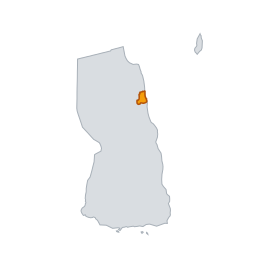 Ar Raydah wa Qussay'ar, Hadramawt, Yemen (highlighted), rotated 279°
{"feature_id": "15242507B55233567675049", "entity_name": "Ar Raydah wa Qussay'ar", "entity_type": "district", "adm_level": 2, "iso_a3": "YEM", "parent_name": "Yemen", "parent_adm1": "Hadramawt", "projection": "mercator", "projection_center": [50.363, 15.159], "detail": "fine", "context": "in_parent", "style": "filled", "palette": "amber", "viewbox_px": 256, "rotation_deg": 279, "n_neighbors": 0, "source": "geoboundaries", "source_scale": "gbopen_adm2", "svg_char_len": 4833}
<svg xmlns="http://www.w3.org/2000/svg" viewBox="0 0 256 256"><g transform="rotate(279 128 128)"><path d="M207.6,110.5L198.7,113.7L196.4,115.2L194.3,116.9L192.7,119.2L191.6,123.1L192.5,126.6L192.4,128.5L190.1,129.8L188.0,130.7L185.6,132.1L184.2,132.4L183.0,133.5L181.7,134.3L176.8,136.3L171.4,137.9L162.9,139.7L159.6,141.7L156.6,143.1L152.0,143.5L145.8,145.4L142.3,146.9L138.0,149.4L137.0,150.2L136.3,152.0L135.0,153.6L132.4,156.2L130.4,157.5L129.1,157.6L126.6,158.3L123.6,158.5L118.6,157.6L117.3,158.2L116.2,159.2L112.3,161.0L108.4,164.5L105.5,165.5L100.9,166.6L97.6,168.0L95.4,168.6L92.6,168.9L87.4,168.8L82.4,169.3L77.8,170.3L75.7,172.2L73.2,175.2L69.2,176.4L68.3,177.5L67.0,179.7L64.4,180.3L62.1,180.6L59.7,179.7L55.2,182.3L53.4,182.8L50.8,182.9L49.0,183.4L47.7,183.3L46.0,182.2L42.5,181.0L39.9,181.8L39.7,179.3L35.5,171.6L36.4,164.9L36.4,164.0L35.5,161.0L33.0,158.2L33.1,154.8L32.2,152.3L31.5,149.7L31.8,149.1L31.8,148.4L30.5,144.5L30.1,143.7L29.9,142.9L30.3,142.2L30.3,141.5L29.6,140.3L28.9,138.0L25.5,136.2L26.2,134.5L26.8,135.1L27.7,135.6L27.9,134.5L27.9,133.7L26.5,128.5L28.6,121.7L27.9,115.5L31.2,113.0L32.0,112.3L32.5,111.6L33.3,110.2L34.3,109.7L34.7,108.2L34.6,107.5L34.0,106.9L33.5,105.1L33.6,102.9L33.8,102.0L34.2,100.3L35.3,99.7L35.6,99.2L34.7,98.1L34.8,97.5L36.7,95.7L37.5,95.2L38.7,94.6L39.7,94.6L40.8,94.9L41.9,95.4L42.8,96.4L43.9,97.4L45.5,97.8L46.6,97.7L47.4,98.1L48.2,97.9L49.0,97.3L50.4,97.4L51.6,96.8L55.1,96.5L58.4,96.7L61.9,96.2L65.4,96.2L68.9,96.3L69.7,96.3L70.5,96.6L73.5,98.2L75.7,98.5L80.2,99.0L85.1,99.4L89.2,99.8L92.8,99.5L95.7,99.2L96.5,99.2L97.4,100.2L99.2,102.6L100.9,104.9L103.8,105.0L105.7,104.2L107.7,103.0L109.0,102.0L110.5,98.3L111.4,95.9L113.6,93.1L115.4,90.9L117.8,87.9L119.1,86.2L121.7,82.9L124.3,81.6L129.1,79.1L133.8,76.6L136.9,75.1L139.6,74.3L144.0,73.7L149.2,73.0L154.3,72.2L159.9,71.4L166.0,70.6L170.3,70.0L175.6,69.2L180.1,68.6L184.1,68.0L188.2,67.4L189.0,69.3L189.8,71.1L190.5,72.9L191.3,74.8L192.1,76.6L192.8,78.5L193.6,80.3L194.4,82.1L195.2,84.0L195.9,85.8L196.7,87.6L197.5,89.5L198.3,91.3L199.0,93.1L199.8,95.0L200.6,96.8L201.3,98.6L202.6,99.2L203.3,100.9L204.4,103.3L205.4,105.7L206.5,108.1L207.6,110.5ZM219.4,182.9L220.5,183.1L222.1,182.5L226.8,182.4L232.4,184.4L231.4,184.9L230.7,185.7L228.3,186.3L225.8,187.8L218.6,188.6L216.5,188.2L214.8,186.7L211.6,184.8L212.8,183.5L213.1,183.0L213.6,182.4L215.4,181.5L217.2,181.6L219.4,182.9ZM27.7,159.0L27.5,159.3L27.2,159.3L26.1,158.3L27.3,157.2L27.9,158.2L27.7,159.0ZM24.3,134.9L23.7,135.3L23.6,134.6L23.9,133.0L24.5,132.6L24.9,133.7L24.6,134.4L24.3,134.9ZM27.2,163.8L26.0,164.3L26.8,162.9L27.6,162.6L27.8,162.6L27.2,163.8Z" fill="#d9dde1" stroke="#a8b0b8" stroke-width="1"/><path d="M153.6,133.3L153.4,133.7L153.3,133.8L153.2,133.9L153.2,134.0L153.1,134.4L153.0,134.5L153.1,134.9L153.1,135.0L153.2,135.3L153.3,135.5L153.5,135.8L153.6,136.0L153.8,136.3L154.1,136.4L154.3,136.4L154.6,136.4L154.7,136.5L154.8,136.7L154.8,136.8L154.8,137.1L154.9,137.3L154.9,137.5L154.9,137.8L154.9,138.1L154.8,138.6L154.8,138.9L154.8,139.0L154.9,139.4L154.9,139.5L155.0,139.6L155.1,139.9L155.2,140.2L155.2,140.3L155.3,140.5L155.6,140.9L155.6,141.0L155.8,141.3L156.0,141.6L156.3,141.9L156.4,142.0L156.5,142.1L156.8,142.2L157.1,142.3L157.5,142.4L157.8,142.3L158.1,142.1L158.3,142.1L158.5,141.9L158.8,141.8L159.0,141.7L159.3,141.7L159.3,141.8L159.5,141.8L159.5,141.7L159.7,141.4L159.8,141.3L159.9,141.2L160.0,141.2L160.3,140.9L160.5,140.8L160.6,140.7L160.8,140.6L161.0,140.5L161.1,140.4L161.3,140.4L161.6,140.2L161.8,140.1L162.0,140.0L162.1,139.9L162.3,139.9L162.7,139.8L162.9,139.7L163.2,139.6L163.3,139.6L163.5,139.6L163.9,139.5L164.0,139.4L164.3,139.4L164.5,139.4L164.8,139.3L165.0,139.3L165.4,139.2L165.5,139.2L165.9,139.1L166.0,139.1L166.5,139.1L166.9,139.0L166.9,138.9L166.9,138.7L167.0,138.7L167.1,138.4L166.9,138.2L166.7,137.9L166.6,137.7L166.4,137.5L166.4,137.4L166.4,137.2L166.5,137.0L166.5,136.9L166.4,136.9L166.3,136.7L166.2,136.7L166.0,136.4L165.9,136.3L165.9,136.2L165.8,135.9L165.8,135.7L165.7,135.4L165.6,135.2L165.4,134.9L165.3,134.7L165.2,134.6L165.2,134.4L164.9,134.4L164.7,134.2L164.6,134.3L164.4,134.3L164.2,134.4L163.9,134.3L163.7,134.3L163.7,134.2L163.4,134.2L163.3,133.9L163.2,133.9L162.8,133.8L162.7,133.7L162.5,133.8L162.3,133.8L162.2,133.9L161.9,133.9L161.7,133.9L161.4,133.9L161.3,134.0L161.2,134.1L160.9,134.2L160.7,134.2L160.4,134.2L160.2,134.2L160.0,134.3L159.9,134.3L159.6,134.3L159.4,134.4L159.1,134.4L158.9,134.4L158.6,134.4L158.4,134.4L158.2,134.3L157.9,134.2L157.7,134.1L157.5,133.9L157.4,133.9L157.2,133.8L157.1,133.7L156.9,133.4L156.9,133.2L157.0,132.9L156.9,132.7L156.6,132.6L156.4,132.6L156.1,132.6L155.8,132.7L155.7,132.7L155.4,132.7L155.3,132.8L155.1,132.8L154.9,132.8L154.7,132.9L154.5,133.0L154.4,133.0L154.2,133.1L153.9,133.2L153.7,133.3L153.6,133.3Z" fill="#f59e0b" stroke="#b45309" stroke-width="1.5"/></g></svg>